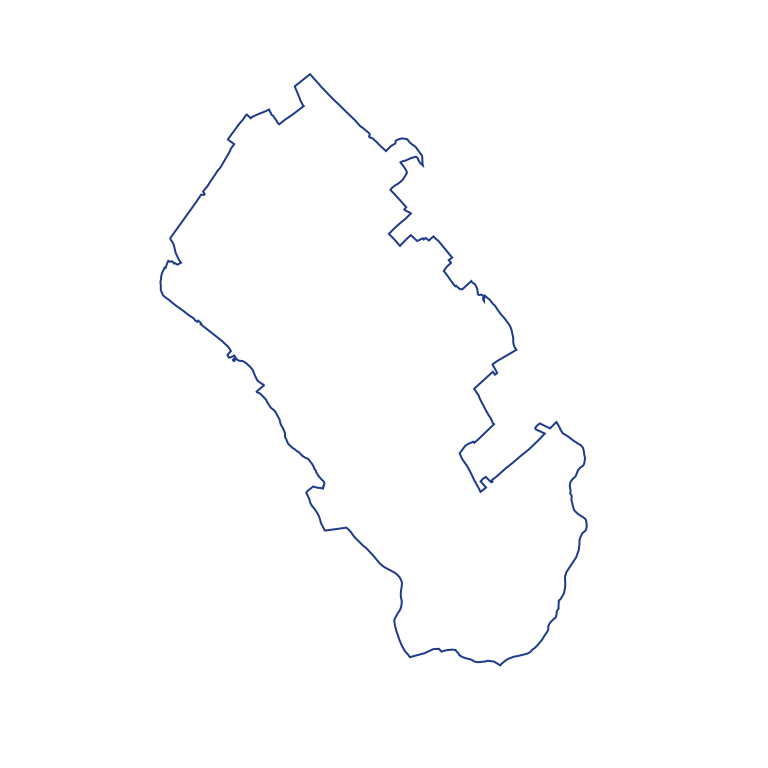 outline of Braesti, Iasi, Romania, rotated 330°
{"feature_id": "2599482B69543465685111", "entity_name": "Braesti", "entity_type": "district", "adm_level": 2, "iso_a3": "ROU", "parent_name": "Romania", "parent_adm1": "Iasi", "projection": "orthographic", "projection_center": [27.088, 47.145], "detail": "fine", "context": "isolated", "style": "outline", "palette": "blue", "viewbox_px": 768, "rotation_deg": 330, "n_neighbors": 0, "source": "geoboundaries", "source_scale": "gbopen_adm2", "svg_char_len": 6143}
<svg xmlns="http://www.w3.org/2000/svg" viewBox="0 0 768 768"><g transform="rotate(330 384 384)"><path d="M259.7,481.5L279.6,489.6L281.2,494.6L281.7,500.7L282.3,503.4L285.1,513.6L286.6,517.4L289.3,529.1L289.8,532.8L290.5,536.6L291.7,540.5L293.1,543.4L298.7,552.3L300.1,555.6L300.9,558.8L300.8,561.4L300.3,565.0L297.5,569.0L295.1,571.8L293.6,574.1L292.4,576.3L290.6,581.4L288.2,584.7L285.8,587.0L284.5,587.9L281.5,589.3L276.2,592.5L274.8,593.6L273.3,597.1L271.3,603.4L270.3,609.1L269.5,612.6L268.7,618.9L268.5,625.4L269.6,630.7L269.8,633.5L284.5,637.4L293.9,638.2L299.2,640.8L300.0,644.5L304.8,645.7L310.6,648.3L312.9,650.3L313.2,652.4L313.7,654.0L313.7,656.6L315.4,659.7L317.7,662.4L321.1,665.6L322.2,667.0L323.9,670.0L326.3,671.9L329.7,673.5L333.0,675.0L335.4,675.5L340.5,679.4L344.0,685.8L346.0,685.0L350.6,684.3L353.8,684.1L359.8,685.0L364.5,686.7L373.8,689.3L376.7,689.2L379.5,688.3L383.1,687.9L388.1,686.4L393.2,684.4L397.8,681.9L400.5,680.7L403.0,679.2L403.8,678.4L405.2,675.8L407.9,674.1L410.5,673.1L416.1,671.9L417.8,670.4L419.5,667.8L420.9,666.7L423.1,665.6L423.3,664.9L427.1,659.0L428.8,658.7L431.0,657.7L435.4,655.1L439.2,650.6L441.7,646.6L443.0,643.9L444.8,640.8L445.5,640.5L447.8,638.2L463.9,630.1L469.6,625.2L473.0,620.7L475.0,617.3L476.8,615.4L480.9,612.5L484.6,611.8L485.9,611.3L487.9,609.3L489.1,607.4L490.9,602.9L490.8,601.4L490.2,599.7L487.0,593.7L485.7,589.1L485.6,588.0L486.7,583.4L487.5,581.4L488.1,578.7L488.5,577.9L490.6,574.7L490.7,573.9L490.4,572.1L491.3,571.1L492.6,568.8L493.9,565.2L495.3,563.3L497.4,561.6L500.4,560.4L502.8,560.0L504.4,559.3L508.6,555.9L511.9,554.6L515.2,554.3L516.4,553.9L517.8,552.8L520.8,549.1L521.3,548.0L521.9,545.8L523.3,542.6L524.3,539.3L524.4,538.0L523.6,534.9L521.8,532.1L521.2,530.4L520.0,528.4L517.1,521.4L514.2,516.2L514.0,512.0L514.4,509.1L514.3,503.1L505.6,505.5L499.2,496.0L495.8,496.6L493.6,497.3L492.8,497.9L493.0,499.6L498.5,507.3L490.8,509.6L477.3,513.0L467.3,514.5L455.0,516.8L448.2,517.7L435.2,520.4L429.6,521.1L428.8,521.5L429.1,522.7L428.8,523.0L427.7,522.7L425.7,515.4L422.4,515.5L419.0,516.6L420.6,524.7L413.6,525.7L413.9,522.2L414.1,511.9L414.7,504.9L415.0,498.2L414.2,487.5L414.9,481.8L423.6,478.1L427.6,478.0L432.7,478.7L432.8,480.1L438.6,478.9L459.2,473.8L458.7,472.6L459.2,467.9L459.1,463.9L459.0,462.9L459.1,456.6L459.6,445.4L460.3,440.4L459.9,438.1L459.7,433.2L484.4,427.8L484.7,431.4L487.5,431.1L487.7,426.6L487.6,421.8L487.8,421.4L488.3,421.2L493.6,420.7L515.7,420.6L515.6,416.5L516.2,414.2L517.0,412.0L518.3,410.1L519.6,406.8L521.4,401.1L522.0,398.3L522.1,396.4L521.8,392.4L521.1,386.8L520.1,382.0L519.5,376.5L519.3,371.8L518.5,369.3L517.6,363.6L515.9,359.3L515.6,358.0L513.0,360.4L512.1,362.2L512.0,361.0L512.1,360.3L513.7,358.1L513.9,357.6L513.5,356.0L513.1,355.4L511.0,354.6L510.2,353.4L510.3,352.8L510.9,352.1L511.2,350.6L512.1,348.8L512.5,347.0L512.7,343.0L511.4,340.8L511.1,339.5L511.1,338.5L499.0,341.2L497.1,339.5L495.5,334.9L494.7,335.1L494.1,333.2L493.0,321.1L492.3,316.0L496.8,313.9L502.6,312.6L502.0,309.1L506.2,308.7L502.7,287.4L501.5,284.2L500.6,280.9L494.6,282.1L493.1,278.4L490.6,278.7L490.5,277.3L484.2,276.7L481.7,268.5L476.6,269.6L467.7,272.0L466.9,272.4L465.1,263.4L463.3,256.4L472.6,253.9L480.8,252.3L484.3,251.9L492.6,249.7L491.4,247.4L489.8,245.4L488.8,243.0L491.7,242.0L487.9,224.2L486.6,219.2L488.3,218.3L493.2,217.5L495.5,217.6L498.4,217.3L502.0,216.6L508.2,213.5L509.8,212.1L510.0,208.9L509.8,206.9L509.8,205.0L509.0,200.4L509.2,200.2L512.1,200.5L514.4,201.3L519.9,201.8L525.0,203.0L525.8,204.0L526.0,204.7L526.1,205.4L525.7,207.3L525.8,210.0L525.9,211.1L526.9,214.1L527.2,213.2L529.6,208.3L530.7,206.6L531.0,204.9L529.9,194.2L527.9,190.0L527.0,187.4L526.5,183.6L522.6,180.4L519.9,179.6L516.6,179.1L515.4,179.5L514.3,181.2L513.7,181.4L509.0,181.4L502.2,183.3L499.8,175.7L498.6,170.8L497.4,167.3L497.2,166.1L496.2,164.4L495.2,163.9L494.9,163.3L494.9,162.0L495.9,161.4L496.4,160.8L496.6,160.2L496.3,158.7L493.1,150.1L492.5,149.5L490.7,140.9L487.5,129.9L484.7,119.7L482.2,111.4L478.4,95.9L474.9,78.7L455.5,81.6L453.7,95.4L453.4,96.3L453.1,102.5L453.4,103.2L439.4,105.0L430.7,105.6L423.1,106.7L422.4,104.8L422.6,102.8L422.0,95.9L421.3,95.0L421.2,94.2L421.6,92.0L421.3,91.0L421.6,90.1L421.7,88.8L417.1,88.5L411.5,87.6L405.0,86.9L402.6,86.8L401.5,87.3L399.9,82.1L399.1,82.0L394.0,84.5L388.3,86.5L371.7,93.8L371.1,94.3L374.2,101.4L369.1,103.6L367.2,105.2L365.0,106.5L350.6,114.7L345.3,116.6L343.3,117.8L335.8,121.4L329.3,124.8L327.5,125.2L323.5,127.0L323.7,129.4L323.4,130.1L322.5,130.1L321.5,129.6L320.5,128.6L320.0,128.7L311.5,132.9L272.1,150.7L271.4,152.0L271.7,155.0L271.6,158.2L269.5,164.9L269.1,166.7L268.5,173.3L268.6,175.9L268.8,177.5L265.1,177.4L264.4,176.8L263.4,174.8L262.4,174.7L261.9,171.8L259.4,170.9L258.8,169.5L257.5,170.3L252.9,174.2L252.3,173.5L247.4,176.8L245.0,179.2L243.4,181.5L241.4,183.9L240.1,186.8L237.6,191.2L237.0,196.6L237.5,198.3L238.7,201.3L239.8,203.4L240.2,205.0L243.4,213.0L245.8,218.1L249.0,225.8L249.3,226.8L251.8,231.6L252.2,233.1L252.2,234.5L253.4,236.8L254.6,236.1L255.6,238.3L255.9,240.2L255.1,240.5L265.3,265.9L265.8,267.4L265.8,267.9L267.7,273.9L267.6,274.2L267.9,276.0L267.8,279.0L266.4,279.4L262.8,280.7L262.9,283.7L266.1,284.4L268.4,284.4L268.7,286.5L265.1,287.6L265.4,289.1L268.6,288.2L269.8,291.1L273.2,293.6L275.0,296.9L276.7,302.4L277.4,306.5L277.0,308.0L276.5,312.0L276.1,317.1L276.7,319.4L279.4,324.8L279.3,325.2L271.6,326.5L269.8,327.0L269.8,327.4L271.6,329.9L272.1,330.8L274.0,338.6L273.8,341.2L274.0,347.0L274.4,348.6L275.6,351.6L276.0,353.6L275.8,362.3L274.4,367.2L274.3,368.6L274.5,370.1L273.9,375.8L273.5,377.4L272.2,379.5L271.8,380.7L271.7,381.3L271.8,382.0L271.1,387.7L272.8,393.5L274.3,396.4L274.8,398.1L276.3,400.9L277.2,404.9L278.9,408.4L280.6,410.6L281.0,411.6L281.8,417.4L281.7,420.6L281.3,422.7L281.6,425.6L281.1,426.8L281.3,427.7L281.2,430.0L281.9,434.2L282.9,437.8L283.0,439.3L282.8,440.1L280.8,442.2L280.1,442.2L280.1,442.9L278.9,444.1L276.9,442.2L275.0,441.0L271.4,437.4L264.3,438.4L262.3,439.3L261.8,446.3L260.7,450.3L260.7,453.7L261.4,457.6L261.7,463.0L261.5,465.8L260.9,469.3L259.9,472.7L259.5,480.8L259.7,481.5Z" fill="none" stroke="#1e3a8a" stroke-width="2"/></g></svg>